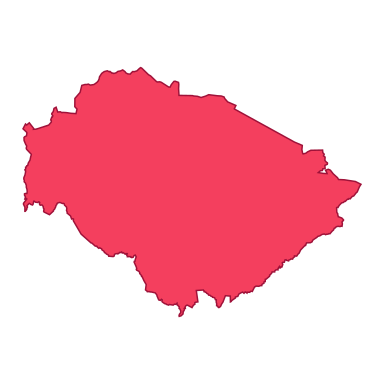 outline of Villa Hidalgo, Jalisco, Mexico
{"feature_id": "50627088B61911650212714", "entity_name": "Villa Hidalgo", "entity_type": "district", "adm_level": 2, "iso_a3": "MEX", "parent_name": "Mexico", "parent_adm1": "Jalisco", "projection": "robinson", "projection_center": [-102.593, 21.663], "detail": "fine", "context": "isolated", "style": "filled", "palette": "rose", "viewbox_px": 384, "rotation_deg": 0, "n_neighbors": 0, "source": "geoboundaries", "source_scale": "gbopen_adm2", "svg_char_len": 5909}
<svg xmlns="http://www.w3.org/2000/svg" viewBox="0 0 384 384"><path d="M192.5,95.6L179.0,95.4L178.6,88.7L178.8,84.3L178.5,82.4L175.1,81.2L173.9,81.4L171.3,84.6L170.1,87.1L168.6,87.0L161.3,82.3L159.8,81.8L157.4,82.0L156.5,81.6L150.6,75.9L148.5,74.7L141.8,68.2L140.7,67.6L139.6,68.3L136.9,70.9L134.1,71.7L132.8,71.5L131.4,72.7L130.3,74.1L127.8,73.9L125.9,72.9L125.0,71.6L122.7,69.9L120.6,70.9L117.9,71.4L116.1,72.8L113.8,73.5L112.8,73.0L112.1,73.2L109.9,71.4L109.3,71.8L107.3,70.8L104.2,71.6L101.7,73.4L99.5,76.8L99.1,79.0L98.1,81.1L96.8,82.5L94.0,84.5L90.4,85.1L88.3,84.1L86.9,84.5L84.9,84.5L81.8,85.4L80.1,92.4L74.9,98.4L74.8,106.7L77.0,109.1L76.0,113.6L70.9,113.3L66.3,112.6L62.6,112.4L62.0,112.7L60.4,111.8L57.7,112.0L56.1,107.2L54.0,108.4L53.3,111.5L51.8,113.5L51.8,114.3L52.8,115.7L52.4,117.0L51.8,117.0L50.7,120.0L51.3,120.5L51.3,122.1L48.7,125.1L35.9,129.2L33.7,129.3L34.0,128.9L29.3,122.8L26.7,125.0L25.5,124.0L23.0,128.8L26.5,132.1L26.9,132.9L26.5,135.8L24.6,136.8L24.0,137.5L24.1,140.6L25.8,144.6L26.6,145.7L26.6,146.7L26.2,148.1L26.6,149.3L31.3,154.3L31.3,154.8L30.7,156.7L30.0,160.2L28.3,163.0L27.7,165.5L26.7,165.8L26.3,166.9L25.6,167.2L25.7,168.9L24.9,169.7L25.2,170.6L25.6,170.8L25.6,171.8L25.0,174.9L23.9,177.6L23.8,179.0L24.3,180.3L24.2,181.8L25.3,182.8L26.3,185.3L26.3,187.3L27.0,189.5L27.2,191.7L26.9,193.5L25.2,193.5L24.5,193.8L24.5,195.1L24.8,195.9L25.3,196.2L25.4,197.2L24.8,199.1L25.8,199.2L26.1,198.4L26.8,199.0L23.5,203.3L23.5,204.3L24.9,207.2L24.9,211.3L25.3,211.3L26.7,209.5L26.8,208.4L27.5,207.0L27.0,205.7L29.0,203.5L29.5,203.4L30.9,204.5L32.5,205.0L33.0,204.4L33.8,201.2L34.3,201.2L35.5,202.2L37.2,202.4L37.7,202.5L38.8,201.8L39.7,202.4L39.4,203.9L40.2,205.2L41.9,204.9L43.2,206.4L43.3,207.7L43.7,208.8L44.1,209.1L43.6,211.2L44.0,212.0L49.5,214.7L53.4,211.1L53.4,210.4L54.9,208.7L55.0,208.0L55.7,206.9L55.9,205.5L56.8,204.6L56.9,203.8L57.4,203.1L59.9,202.4L62.5,203.5L63.7,203.4L64.2,203.8L64.5,205.1L66.4,206.9L66.8,208.6L66.5,210.4L67.2,212.1L67.1,213.1L70.5,215.9L71.6,219.0L72.9,218.7L73.5,219.1L73.3,220.6L73.6,221.2L81.1,234.1L91.0,242.9L91.9,243.1L95.2,246.1L96.9,246.2L97.4,247.2L98.8,248.3L99.8,247.7L100.4,248.3L101.6,248.7L101.9,249.8L103.6,251.0L104.2,251.6L104.4,252.5L105.7,253.2L106.5,254.1L107.9,254.7L108.6,255.4L108.7,256.2L113.2,256.6L114.2,256.0L114.5,254.4L115.5,253.8L117.9,253.5L118.0,253.8L119.0,253.2L119.5,252.5L120.1,252.3L121.0,252.7L121.7,252.0L122.5,253.0L123.3,252.7L125.2,254.2L125.9,253.6L127.3,253.6L127.4,253.9L126.6,254.5L127.0,255.9L127.9,256.3L127.7,256.7L130.8,256.6L130.9,257.3L131.8,257.6L133.1,257.3L134.1,255.5L135.3,255.1L136.2,256.9L135.3,259.3L135.0,261.2L134.3,261.3L134.1,262.1L136.3,267.0L136.7,268.6L136.3,269.4L136.6,270.1L139.0,271.4L139.7,272.6L139.7,273.5L141.6,275.7L141.5,276.3L142.3,277.0L143.9,280.6L146.2,284.6L145.5,289.9L147.1,291.2L147.3,291.7L149.7,291.6L150.1,292.0L151.0,291.9L155.3,292.9L157.0,295.2L157.0,295.9L158.7,299.9L160.4,300.4L161.4,299.3L162.2,299.8L162.0,301.6L162.5,302.1L164.6,303.6L166.2,304.0L166.4,304.4L168.7,305.1L169.3,304.5L173.2,305.1L174.3,304.2L175.8,304.3L177.0,303.2L177.3,305.1L178.0,305.3L178.3,306.0L179.2,306.7L179.1,308.5L179.8,308.9L180.7,310.8L180.7,312.7L179.4,314.3L179.0,315.9L179.2,316.4L181.1,315.8L183.0,314.0L183.3,311.2L183.9,310.9L184.6,309.1L184.2,308.4L184.5,308.1L185.3,308.2L185.1,307.1L185.7,305.9L187.0,305.1L187.5,305.2L192.0,307.6L193.4,305.2L194.9,304.2L194.8,302.7L195.3,302.3L197.9,301.9L196.3,290.5L203.4,290.0L204.1,291.6L204.5,291.3L205.3,292.2L206.0,292.3L206.8,293.4L207.8,293.7L208.6,295.1L210.1,295.3L210.8,296.1L212.4,296.7L212.6,297.3L214.6,297.7L215.4,299.7L216.3,299.8L216.2,302.1L216.7,303.7L216.6,305.7L217.7,306.2L218.3,307.4L218.9,307.6L220.5,306.5L221.8,303.7L222.9,302.2L225.4,295.7L230.3,296.1L230.4,301.9L231.2,301.5L231.8,300.5L235.4,298.0L235.4,297.0L237.8,296.4L238.8,294.1L240.8,292.9L242.7,292.1L244.0,293.3L245.2,291.9L247.0,293.1L247.2,292.2L249.8,292.3L250.3,291.5L251.1,291.2L252.3,291.5L254.6,286.9L255.6,286.6L256.0,286.1L258.9,286.3L260.2,285.7L261.8,285.6L261.9,284.4L264.0,283.1L263.9,282.1L264.3,281.7L265.2,281.6L265.3,279.3L266.1,279.2L269.4,276.4L269.7,275.9L269.6,275.1L270.4,274.6L271.9,272.8L272.1,271.9L274.7,271.9L274.8,270.9L275.9,269.9L277.8,269.8L277.5,269.3L278.5,268.6L278.3,268.1L279.3,266.6L279.5,267.4L280.1,267.9L280.4,267.9L280.6,267.3L280.8,267.5L281.3,266.9L281.9,267.0L282.8,264.5L282.2,262.9L282.9,262.3L284.4,262.2L285.0,259.9L286.1,259.7L286.4,260.3L288.6,260.9L288.8,260.1L290.2,259.6L290.9,259.0L292.6,259.1L293.3,257.7L294.6,256.8L294.5,255.9L296.7,256.1L298.1,254.0L299.1,253.2L300.6,250.0L305.2,245.2L305.3,245.6L305.6,245.5L306.5,242.9L310.5,242.7L312.2,241.7L312.2,241.2L313.1,239.9L317.2,237.1L317.7,236.4L319.9,235.8L322.1,234.4L324.3,234.0L325.7,234.7L326.6,234.2L328.0,234.2L328.8,233.6L329.9,233.8L332.2,231.1L333.5,230.0L334.3,228.2L335.3,227.9L336.3,226.7L338.1,226.3L340.1,226.6L341.1,226.1L342.0,226.3L342.4,223.9L342.0,222.0L343.5,220.3L343.5,219.8L341.8,218.0L338.3,216.7L338.4,216.4L337.9,215.6L337.7,213.6L336.8,212.4L336.6,207.7L337.2,207.3L338.0,207.5L339.1,205.5L341.6,202.9L343.3,202.5L344.7,201.3L345.3,201.4L347.5,199.2L348.4,199.3L349.0,198.5L350.1,198.9L352.3,196.4L353.7,196.0L356.2,192.8L357.2,192.0L359.4,186.8L361.0,184.3L355.4,181.5L344.4,179.8L338.5,179.5L337.6,177.8L333.2,173.8L330.4,170.2L328.4,169.3L327.1,169.6L325.6,170.5L326.5,171.9L327.1,173.6L323.4,173.4L318.3,172.6L320.5,170.7L322.4,170.5L322.8,168.8L325.1,168.7L324.9,165.4L327.3,164.3L327.5,163.4L327.4,162.8L326.3,162.1L324.9,160.4L325.1,157.1L323.5,155.9L324.2,154.2L322.8,152.6L322.6,150.1L310.8,150.3L307.5,151.9L305.9,153.2L303.1,153.9L302.6,153.1L301.9,149.7L302.3,145.4L294.5,142.1L234.4,109.0L234.3,108.8L235.9,105.5L227.7,101.9L224.7,98.5L224.1,97.0L221.3,96.0L217.7,95.8L208.7,94.7L205.6,96.1L201.1,97.5L197.4,96.3L193.7,96.0L192.5,95.6Z" fill="#f43f5e" stroke="#9f1239" stroke-width="1.5"/></svg>